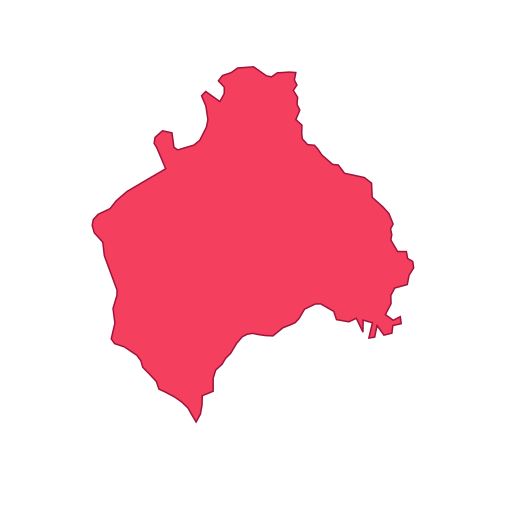 outline of Nova Santa Rita, Rio Grande do Sul, Brazil, rotated 41°
{"feature_id": "56859067B48200522919953", "entity_name": "Nova Santa Rita", "entity_type": "district", "adm_level": 2, "iso_a3": "BRA", "parent_name": "Brazil", "parent_adm1": "Rio Grande do Sul", "projection": "mercator", "projection_center": [-51.279, -29.846], "detail": "fine", "context": "isolated", "style": "filled", "palette": "rose", "viewbox_px": 512, "rotation_deg": 41, "n_neighbors": 0, "source": "geoboundaries", "source_scale": "gbopen_adm2", "svg_char_len": 1799}
<svg xmlns="http://www.w3.org/2000/svg" viewBox="0 0 512 512"><g transform="rotate(41 256 256)"><path d="M327.0,285.6L329.3,280.6L329.5,275.1L327.5,264.2L332.2,253.4L336.2,249.7L351.0,246.8L358.5,251.2L369.2,244.8L372.6,237.2L386.7,243.3L378.9,234.1L387.7,230.0L395.0,243.9L398.8,239.4L393.0,229.1L404.5,231.8L409.2,225.1L404.9,218.7L410.0,211.8L404.7,207.1L401.7,214.5L392.1,215.3L389.2,203.4L383.6,197.3L381.7,189.2L388.9,178.3L384.1,170.0L382.8,161.5L377.9,157.3L372.1,158.4L366.6,154.0L359.9,159.7L347.3,155.5L344.5,150.8L339.8,147.3L338.5,141.9L328.5,136.8L319.7,135.7L305.2,135.5L295.4,125.2L286.3,125.7L268.5,135.5L258.4,133.3L253.8,136.6L239.5,136.6L232.0,134.6L227.4,134.1L221.9,138.1L214.1,137.2L210.1,133.5L204.8,127.1L196.6,126.9L193.3,117.1L187.5,114.7L183.3,108.9L175.5,106.6L174.7,100.1L169.5,98.0L165.7,91.4L160.4,95.4L151.9,103.8L150.2,110.6L145.7,113.2L130.1,114.8L118.8,126.1L117.0,133.8L112.3,141.8L112.7,148.5L121.3,149.4L125.5,154.3L127.4,163.2L110.1,164.8L109.8,170.8L119.8,175.7L130.3,184.7L134.1,191.4L137.6,205.5L136.4,213.0L131.1,221.3L127.4,227.2L122.8,227.8L111.8,218.2L103.3,222.8L102.0,232.7L105.2,237.8L110.0,239.3L130.6,249.4L122.5,273.4L116.3,291.9L114.3,305.8L114.8,316.0L109.5,328.1L109.3,335.3L112.3,340.4L118.8,344.6L131.3,346.1L141.4,355.3L169.2,370.5L173.5,372.9L176.9,377.0L182.5,389.4L193.6,399.3L201.1,413.5L206.8,414.9L216.4,410.9L231.2,409.1L237.9,410.6L243.5,414.3L251.5,414.9L263.2,416.1L270.1,420.2L276.0,418.4L287.1,415.8L296.1,414.9L304.7,415.4L310.7,417.6L319.7,420.6L317.8,411.9L313.2,404.1L307.1,396.6L312.4,386.2L303.9,376.4L300.4,368.6L301.4,359.8L300.2,353.3L300.7,346.0L298.7,334.7L298.6,326.0L300.7,320.8L304.2,316.6L309.2,313.8L315.4,309.8L321.2,305.2L323.4,292.5L327.0,285.6Z" fill="#f43f5e" stroke="#9f1239" stroke-width="1.5"/></g></svg>